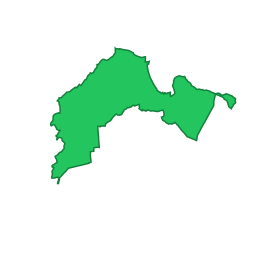 outline of Trang Bang, Tây Ninh, Vietnam, rotated 215°
{"feature_id": "81297802B3309919066987", "entity_name": "Trang Bang", "entity_type": "district", "adm_level": 2, "iso_a3": "VNM", "parent_name": "Vietnam", "parent_adm1": "Tây Ninh", "projection": "natural_earth1", "projection_center": [106.323, 11.105], "detail": "fine", "context": "isolated", "style": "filled", "palette": "green", "viewbox_px": 256, "rotation_deg": 215, "n_neighbors": 0, "source": "geoboundaries", "source_scale": "gbopen_adm2", "svg_char_len": 5871}
<svg xmlns="http://www.w3.org/2000/svg" viewBox="0 0 256 256"><g transform="rotate(215 128 128)"><path d="M64.6,157.1L66.9,161.8L68.0,170.7L68.6,177.1L70.7,195.8L72.4,198.1L73.4,199.9L73.8,200.7L74.7,203.4L75.8,205.8L73.2,206.5L69.2,207.4L66.7,207.5L65.8,206.8L63.3,207.1L62.6,207.0L60.9,205.9L59.2,204.5L57.8,203.5L57.0,203.1L55.5,203.2L54.3,203.1L54.7,204.0L54.6,206.0L54.8,206.8L54.9,207.6L54.9,208.1L54.4,209.4L54.5,210.5L54.6,210.8L55.1,211.2L55.9,211.7L56.7,213.6L57.6,213.7L58.4,213.6L59.3,213.8L60.0,213.5L61.1,213.9L61.6,213.9L62.8,213.3L64.3,213.2L66.9,212.5L67.4,212.1L67.5,211.3L68.3,210.7L68.8,209.7L69.5,209.1L70.3,208.7L70.8,208.6L72.7,208.8L73.6,208.5L74.9,207.6L75.6,206.4L76.1,206.1L78.8,205.6L80.4,205.1L81.9,205.1L82.6,204.9L85.0,204.2L85.7,203.8L87.3,202.3L87.6,202.2L88.6,202.3L89.0,202.2L89.6,201.6L92.3,200.5L93.7,199.0L96.4,199.4L97.8,199.4L99.4,199.2L100.5,199.2L102.0,200.3L102.4,200.5L104.1,200.6L105.7,200.5L107.2,201.1L108.6,201.2L108.9,201.3L109.7,201.9L111.1,202.7L112.1,201.6L113.7,200.9L115.0,200.6L115.7,200.3L116.3,199.7L117.4,198.1L118.0,196.8L118.3,195.6L118.3,195.2L117.7,192.9L117.4,192.3L116.5,191.1L116.0,188.8L115.6,188.1L112.9,186.3L109.9,183.8L109.6,183.5L109.5,182.7L109.5,182.1L110.3,180.1L111.3,178.3L112.2,178.9L112.5,179.6L113.2,180.3L113.5,181.3L113.7,181.6L113.9,181.6L114.1,181.4L114.4,180.6L114.7,180.2L115.4,179.9L115.6,179.7L116.1,178.2L116.4,177.9L116.7,177.9L117.3,178.2L118.1,178.0L118.2,177.7L118.0,176.7L118.2,176.3L119.7,177.0L120.0,177.0L120.3,175.9L120.7,175.5L122.1,175.8L122.6,175.4L123.1,175.5L124.9,175.5L125.3,175.3L126.9,176.5L131.0,178.0L138.3,181.8L140.6,183.4L143.4,185.6L147.7,189.5L148.8,191.6L147.8,192.1L148.2,192.6L148.4,193.8L148.8,194.7L149.2,194.1L151.7,192.0L154.5,196.3L155.3,195.8L155.3,195.6L156.1,194.9L156.4,194.5L156.4,194.2L157.5,193.4L158.3,193.2L160.3,192.5L162.9,191.9L165.1,191.7L165.8,191.9L167.0,192.7L169.1,192.2L170.9,192.1L172.3,191.7L177.2,189.3L178.8,188.8L180.4,188.1L180.3,187.4L181.2,187.3L183.3,186.1L183.7,186.0L184.2,186.1L181.5,182.4L181.6,179.4L181.4,177.9L181.5,177.7L182.2,176.6L182.5,175.7L183.2,173.0L183.5,172.2L183.8,171.9L183.8,171.6L184.8,170.9L187.0,170.5L187.9,169.9L188.2,169.4L188.9,166.4L188.6,165.6L188.8,162.8L188.9,162.6L189.7,162.4L189.8,162.3L189.8,162.1L189.4,161.7L188.7,160.6L188.2,159.6L188.2,159.2L188.6,157.9L188.7,157.2L188.4,156.1L188.4,154.7L188.2,154.3L188.1,153.9L188.5,152.9L189.1,151.9L189.4,151.8L190.1,151.8L190.4,151.6L190.5,151.5L190.3,150.5L190.4,149.8L190.6,149.2L190.8,147.8L190.8,147.3L190.3,145.3L190.2,143.8L190.3,143.4L190.9,142.7L190.9,142.4L190.8,135.8L192.9,135.8L193.0,131.7L193.7,131.7L194.1,130.9L194.6,131.0L196.3,126.0L196.1,125.7L196.5,124.5L197.5,123.2L198.8,122.1L198.9,120.2L199.9,116.6L199.8,115.3L200.6,113.9L201.7,113.2L201.3,112.6L201.5,109.7L200.2,109.8L199.3,109.5L197.6,107.6L195.7,106.4L194.8,104.9L193.0,102.5L192.5,101.8L192.3,101.3L192.4,100.9L193.7,100.5L194.8,98.9L195.7,97.7L196.0,96.9L196.2,95.6L196.2,95.2L195.9,94.5L193.9,91.4L193.9,89.7L194.0,88.0L193.7,86.9L193.3,86.4L192.5,85.8L192.1,85.8L191.8,86.1L191.5,87.1L191.1,87.8L190.9,88.1L190.2,88.3L189.6,88.2L187.9,87.4L186.6,86.9L185.7,86.1L185.4,86.0L183.5,86.3L182.7,87.2L182.4,87.2L182.1,87.0L182.1,86.4L182.3,85.0L182.3,83.7L182.1,83.0L181.9,82.0L182.0,81.5L182.5,80.7L182.5,80.4L182.3,80.1L181.5,80.2L181.0,80.1L180.3,79.1L180.0,78.0L179.7,77.6L179.3,77.8L179.5,79.7L179.2,80.5L178.4,81.0L177.8,81.3L176.6,81.6L176.3,81.6L175.9,81.4L175.1,80.3L174.7,79.9L174.4,79.8L173.0,79.7L171.5,79.4L170.8,79.1L170.7,78.9L170.5,77.8L170.2,76.8L169.7,75.9L168.8,75.0L168.6,74.4L168.6,74.0L168.8,73.2L168.7,72.0L168.9,71.0L168.9,70.1L169.1,69.8L169.6,69.4L170.0,68.7L170.3,65.6L170.5,64.8L171.4,63.2L171.4,62.9L171.1,62.5L168.5,61.2L167.6,60.3L166.7,59.9L166.6,59.7L166.5,59.3L166.8,58.1L167.3,57.1L167.7,55.7L168.5,54.4L168.6,53.8L168.4,53.2L167.9,52.7L167.6,52.6L167.3,52.7L166.6,53.2L166.2,53.2L165.7,52.1L165.6,50.3L165.4,49.1L165.1,48.5L164.3,47.8L163.5,46.8L162.9,45.5L162.1,43.6L161.9,43.3L161.5,43.4L159.1,45.2L158.8,45.9L157.8,47.1L157.4,47.3L156.9,47.3L156.1,47.0L155.6,46.6L154.9,45.1L154.3,42.8L153.8,42.1L153.1,42.7L153.9,44.0L154.3,46.0L155.6,47.7L155.3,48.9L154.5,55.0L154.1,56.8L153.8,60.6L153.7,60.9L139.8,76.6L140.1,76.9L139.5,77.7L138.6,78.8L142.4,83.1L145.2,87.0L142.7,89.4L143.7,90.7L144.5,92.2L143.8,93.0L142.8,94.0L140.8,95.5L140.4,95.6L145.5,101.8L147.5,104.5L148.8,105.9L153.8,112.0L151.3,113.3L151.6,113.9L148.4,116.1L147.8,116.4L148.8,118.9L148.0,120.7L147.8,121.5L146.9,123.3L146.5,124.6L146.5,125.4L146.6,126.7L146.5,128.4L145.9,132.0L145.8,132.3L145.5,132.6L143.7,132.7L142.8,133.4L141.8,134.2L141.2,135.0L141.1,135.4L141.0,136.1L141.4,137.7L141.3,138.0L141.2,138.4L141.1,138.9L141.6,140.3L141.3,140.9L141.1,141.6L140.2,142.9L140.2,143.5L140.3,144.2L140.2,144.6L139.2,144.9L137.3,147.5L137.2,149.1L137.0,149.3L136.3,149.6L135.7,150.1L135.1,149.9L134.3,151.3L132.4,153.7L131.7,153.0L130.3,151.1L130.1,150.2L126.8,150.1L126.8,151.0L125.8,150.7L125.5,151.9L123.6,151.9L123.6,152.2L122.9,152.3L122.7,153.3L122.5,153.7L122.1,153.7L121.6,154.3L121.2,154.6L119.1,154.9L117.4,156.4L115.1,157.4L114.1,158.0L113.6,158.2L112.9,158.7L112.1,159.6L111.9,160.1L110.5,161.8L110.1,162.3L109.7,162.7L108.3,161.9L107.0,160.7L106.2,159.8L105.9,159.2L105.7,158.6L105.6,157.9L106.1,156.9L106.8,156.1L105.7,155.2L104.0,154.3L103.3,154.3L101.7,154.6L100.2,154.3L98.7,154.3L97.7,154.6L97.2,154.4L96.1,155.5L94.5,156.3L93.9,156.9L93.7,157.2L93.6,157.9L93.3,158.0L93.1,158.2L93.0,158.4L93.0,158.7L92.8,158.9L92.8,159.5L92.5,159.7L92.2,159.6L91.9,159.3L91.0,159.3L89.8,159.0L89.4,158.7L88.3,159.0L87.5,158.3L84.7,157.5L82.4,156.7L81.4,156.6L80.5,156.3L79.0,156.2L77.7,155.7L74.2,154.8L73.9,154.9L73.3,155.3L71.4,155.5L70.7,155.8L69.6,155.9L67.1,156.7L65.2,156.8L64.8,156.9L64.6,157.1Z" fill="#22c55e" stroke="#15803d" stroke-width="1.5"/></g></svg>